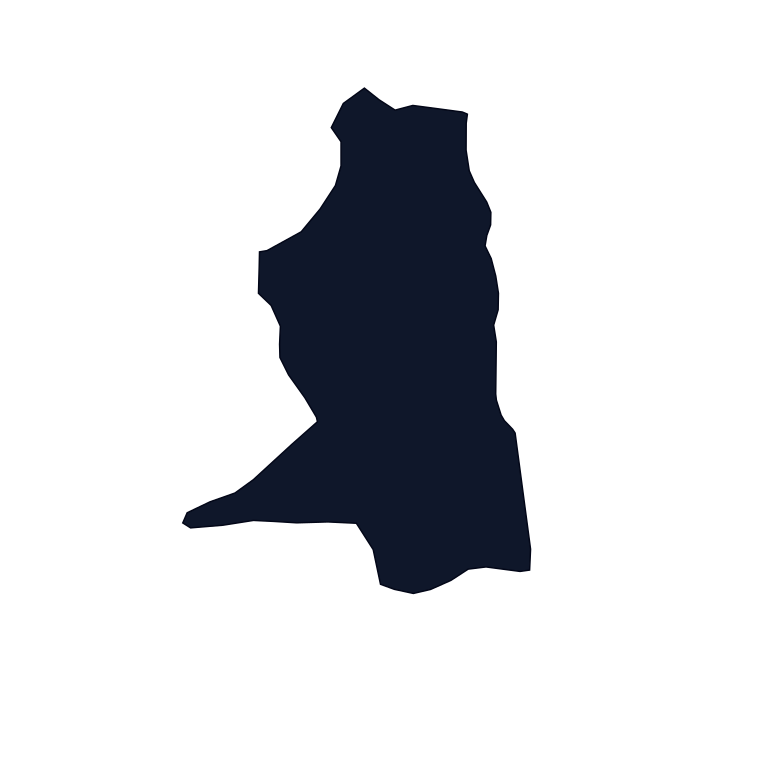 SVG path tracing the border of Podgorica, rotated 318°
{"feature_id": "MNE-1517", "entity_name": "Podgorica", "entity_type": "Municipality", "adm_level": 1, "iso_a3": "MNE", "parent_name": "Montenegro", "parent_adm1": "", "projection": "natural_earth1", "projection_center": [19.345, 42.469], "detail": "fine", "context": "isolated", "style": "filled", "palette": "ink", "viewbox_px": 768, "rotation_deg": 318, "n_neighbors": 0, "source": "natural_earth", "source_scale": "10m", "svg_char_len": 1071}
<svg xmlns="http://www.w3.org/2000/svg" viewBox="0 0 768 768"><g transform="rotate(318 384 384)"><path d="M626.5,239.3L619.6,245.2L601.5,265.1L590.0,282.6L586.0,294.7L582.1,317.5L578.3,327.9L569.7,337.1L559.8,342.4L551.5,349.0L547.7,362.1L547.7,362.3L539.3,378.5L529.8,393.1L518.5,405.2L504.9,413.6L495.6,427.9L460.3,466.2L456.7,471.2L450.2,485.5L448.9,491.8L449.3,503.7L448.6,508.2L382.4,604.8L367.7,619.7L359.7,614.3L337.4,588.2L322.7,577.9L302.3,574.7L281.1,567.8L265.7,559.3L254.3,543.5L247.4,530.5L265.2,499.8L270.3,469.0L250.0,448.9L226.2,428.7L210.4,412.6L195.7,398.0L169.9,381.2L144.0,361.5L141.5,352.6L151.6,348.0L161.8,351.0L176.0,355.2L200.3,365.3L222.8,367.7L275.0,367.2L309.3,367.5L311.6,363.4L316.0,341.3L319.2,313.4L324.4,294.7L333.0,284.6L345.7,271.7L352.7,250.1L351.4,232.6L369.5,213.6L379.9,202.5L386.3,206.6L424.3,215.5L453.6,211.2L480.7,204.0L498.0,193.2L514.2,175.2L516.4,158.2L541.5,148.3L567.4,151.0L570.5,169.4L575.5,187.9L591.8,196.3L605.9,212.8L624.2,234.3L626.4,238.9L626.5,239.3Z" fill="#0f172a" stroke="#020617" stroke-width="1.5"/></g></svg>